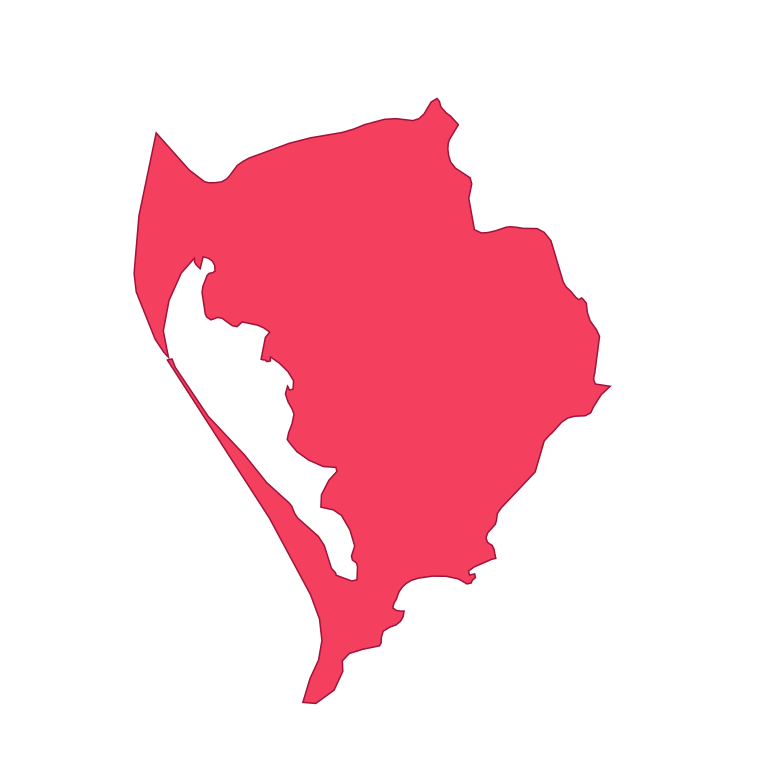 map outline of Kafr ash Shaykh (Robinson projection), rotated 257°
{"feature_id": "EGY-1547", "entity_name": "Kafr ash Shaykh", "entity_type": "Governorate", "adm_level": 1, "iso_a3": "EGY", "parent_name": "Egypt", "parent_adm1": "", "projection": "robinson", "projection_center": [30.841, 31.295], "detail": "fine", "context": "isolated", "style": "filled", "palette": "rose", "viewbox_px": 768, "rotation_deg": 257, "n_neighbors": 0, "source": "natural_earth", "source_scale": "10m", "svg_char_len": 2952}
<svg xmlns="http://www.w3.org/2000/svg" viewBox="0 0 768 768"><g transform="rotate(257 384 384)"><path d="M113.4,279.3L97.0,266.6L88.1,245.7L92.0,233.3L113.7,245.7L129.7,258.1L148.0,265.8L169.5,268.3L195.3,265.0L279.1,242.2L456.1,178.3L456.1,183.1L447.1,184.4L392.1,205.4L346.1,232.2L314.5,247.4L289.1,265.0L285.8,266.6L277.6,267.9L272.8,269.8L250.2,285.8L239.9,289.5L216.2,291.3L211.1,294.3L208.4,294.4L199.3,308.3L199.3,313.6L211.6,317.0L215.8,317.0L219.6,313.6L223.7,313.6L232.7,319.0L249.4,318.0L265.5,313.0L272.8,306.2L278.2,294.8L290.1,298.1L302.6,308.6L309.4,318.4L313.5,318.4L317.3,306.2L326.5,293.8L337.5,284.0L346.4,279.5L351.7,277.2L358.3,280.3L366.0,285.5L374.9,289.5L380.5,288.8L388.1,286.5L396.5,285.7L403.6,289.5L401.8,290.2L400.1,290.2L399.3,291.0L399.6,294.3L407.6,296.6L417.7,293.2L427.9,286.7L435.8,279.5L434.3,278.7L432.8,278.8L431.9,278.2L432.1,275.0L434.2,273.5L434.4,272.9L434.5,272.1L435.7,269.8L456.1,278.9L460.2,284.3L465.7,279.5L469.8,274.0L476.4,259.7L472.9,253.8L475.0,249.2L484.6,240.9L486.3,236.6L485.7,233.0L485.5,229.7L489.0,226.4L492.4,225.6L514.1,227.3L519.7,229.4L529.6,236.1L531.2,238.7L531.0,242.0L532.1,244.8L537.8,245.7L542.6,244.3L546.2,241.0L548.6,236.3L537.7,230.8L541.6,228.2L545.2,226.8L549.2,227.5L537.7,211.4L513.7,193.3L485.4,180.9L458.5,180.0L464.2,176.7L479.0,171.1L529.6,163.3L548.1,165.4L603.1,183.1L679.9,218.5L636.4,242.3L621.5,254.6L619.4,258.8L618.1,265.0L617.5,271.0L619.1,276.8L621.7,280.5L630.0,290.2L632.6,296.6L634.5,303.4L639.9,346.0L640.4,368.1L638.5,399.4L639.2,411.6L641.1,423.6L641.8,444.0L639.8,455.6L634.1,471.5L634.7,477.9L638.1,483.7L648.2,493.4L650.3,499.9L646.7,501.6L641.3,501.7L634.6,505.3L629.8,509.3L619.9,514.8L607.6,502.9L604.0,500.7L598.3,499.0L591.9,498.4L585.1,498.9L578.2,502.2L565.5,514.3L559.2,514.5L545.9,508.4L514.0,506.8L509.2,513.0L508.2,519.6L508.2,526.8L509.3,538.4L508.8,542.4L507.0,548.1L504.4,554.4L501.0,568.1L495.7,574.2L486.0,578.9L443.0,581.6L437.8,583.2L432.0,587.0L425.3,590.4L423.0,592.2L422.4,593.3L423.4,595.9L421.8,597.1L417.2,599.3L407.8,598.2L399.1,599.1L388.8,603.3L381.8,604.7L346.6,591.6L345.1,590.6L340.7,589.2L336.4,590.0L330.9,603.9L324.8,593.3L314.6,583.0L309.4,578.9L307.8,572.9L309.7,562.5L309.5,555.3L306.8,548.4L298.6,536.8L296.9,533.6L292.5,527.3L264.3,511.5L236.9,470.3L232.2,465.2L225.7,462.9L222.2,460.8L215.6,451.5L211.1,448.8L206.6,449.2L204.2,451.2L202.3,453.2L199.3,453.7L199.1,454.0L188.9,453.7L189.0,449.6L185.4,430.4L182.7,424.3L178.6,424.3L178.6,429.6L174.9,429.6L173.5,427.4L173.3,426.6L172.9,425.9L170.5,424.3L170.5,419.9L177.3,412.7L182.6,401.5L185.9,388.0L187.1,373.7L186.5,366.4L184.7,360.8L182.1,356.3L178.7,352.5L176.3,350.6L171.3,347.5L168.7,344.8L164.0,342.1L160.6,345.1L158.7,349.9L158.3,352.5L153.0,350.3L149.1,346.7L146.6,341.7L145.8,335.0L143.3,327.6L137.9,324.5L132.4,323.0L129.9,320.7L130.3,303.2L129.2,289.5L123.5,281.1L113.7,279.3L113.4,279.3Z" fill="#f43f5e" stroke="#9f1239" stroke-width="1.5"/></g></svg>